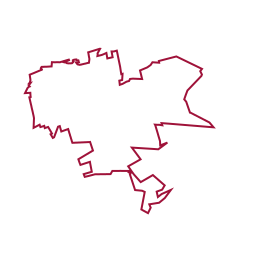 the district of San Pedro, Coahuila, Mexico, rotated 71°
{"feature_id": "50627088B25714720769629", "entity_name": "San Pedro", "entity_type": "district", "adm_level": 2, "iso_a3": "MEX", "parent_name": "Mexico", "parent_adm1": "Coahuila", "projection": "equal_earth", "projection_center": [-102.858, 26.125], "detail": "fine", "context": "isolated", "style": "outline", "palette": "rose", "viewbox_px": 256, "rotation_deg": 71, "n_neighbors": 0, "source": "geoboundaries", "source_scale": "gbopen_adm2", "svg_char_len": 4424}
<svg xmlns="http://www.w3.org/2000/svg" viewBox="0 0 256 256"><g transform="rotate(71 128 128)"><path d="M85.5,213.3L88.1,213.7L97.1,217.2L96.1,210.5L98.6,210.5L98.7,208.6L98.7,206.5L101.0,206.7L101.0,203.2L104.3,202.5L108.5,201.7L108.7,203.2L109.6,203.0L112.9,202.3L112.7,200.9L104.0,193.7L104.0,191.9L109.6,192.2L109.5,184.9L109.8,184.9L110.0,184.9L110.1,185.0L110.3,185.0L110.6,185.0L110.9,185.0L111.0,185.0L111.4,185.0L111.5,185.0L111.8,185.0L112.0,185.0L112.3,185.0L112.6,185.0L112.8,185.0L113.1,185.1L113.4,185.1L113.5,185.1L113.9,185.1L114.0,185.1L114.3,185.1L114.5,185.1L114.8,185.1L115.1,185.1L115.4,185.1L115.5,185.1L115.9,185.2L116.0,185.2L116.3,185.2L116.5,185.2L116.8,185.2L117.1,185.2L117.4,185.2L117.5,185.2L117.9,185.2L118.0,185.2L118.3,185.2L118.5,185.2L118.8,185.3L119.1,185.3L119.3,185.3L119.6,185.3L119.9,185.3L120.0,185.3L120.3,185.3L120.5,185.3L120.8,185.3L121.0,185.3L121.3,185.3L121.6,185.4L121.9,185.4L122.0,185.4L122.3,185.4L122.5,185.4L122.8,185.4L123.0,185.4L123.3,185.4L123.6,185.4L123.9,185.4L127.4,173.6L128.9,168.5L128.9,168.4L137.9,168.5L141.4,185.1L145.0,185.1L147.4,185.0L147.6,175.0L149.3,175.3L157.6,176.5L157.4,180.6L157.4,180.9L157.2,184.9L160.1,184.8L160.5,181.1L161.0,174.4L161.4,173.0L162.2,170.8L162.9,168.5L163.6,166.5L164.2,164.7L164.7,163.2L165.3,161.4L165.9,159.5L163.5,156.8L166.1,149.1L169.3,140.0L169.6,140.0L170.0,139.9L169.9,140.6L170.3,141.6L170.6,141.3L170.9,140.9L171.0,140.5L171.3,140.2L171.5,140.4L171.9,140.4L172.1,140.7L172.5,141.3L189.0,141.5L191.9,135.1L193.9,133.0L209.4,141.9L215.0,136.8L210.7,132.5L207.1,132.7L208.8,122.9L206.2,116.0L200.5,107.6L201.4,117.7L203.0,122.2L197.5,121.6L197.4,115.8L194.2,112.0L180.6,119.8L181.1,122.3L183.3,133.6L173.7,137.6L169.7,138.8L164.3,140.3L161.7,126.3L161.0,126.5L159.4,127.0L147.8,130.7L156.5,109.8L158.0,106.3L154.6,95.5L154.9,102.1L154.9,102.4L154.9,103.2L150.8,102.0L148.3,101.9L145.8,101.8L142.1,101.6L134.2,101.3L133.6,101.4L134.4,99.5L135.1,97.5L136.6,94.7L134.3,94.7L137.8,86.6L155.2,46.9L152.4,48.0L149.3,49.2L133.8,64.0L133.6,64.4L132.1,64.4L122.1,64.4L119.2,65.5L115.4,62.5L111.9,59.6L108.3,52.6L102.7,41.7L101.5,40.7L97.8,41.2L96.2,38.8L76.1,59.0L74.7,77.0L76.4,77.3L73.8,83.5L75.8,86.1L76.9,89.8L77.0,90.4L77.5,97.9L86.3,98.7L82.9,107.4L82.3,110.1L83.9,111.7L83.7,114.3L84.5,118.7L84.5,121.7L80.4,120.8L80.7,117.9L75.0,115.5L74.9,116.8L71.8,116.3L68.6,115.7L67.5,115.5L56.6,114.1L55.3,113.9L51.2,113.4L51.0,116.5L50.3,118.6L56.1,119.5L55.5,124.9L50.0,124.0L50.3,126.9L50.4,129.1L50.0,133.5L48.3,132.6L47.5,132.5L44.0,128.6L43.9,128.8L43.7,135.3L43.5,141.0L45.0,141.2L48.5,141.8L48.8,141.8L49.6,141.9L50.6,142.2L53.6,143.7L53.5,144.3L53.4,144.9L53.2,147.5L53.1,148.1L53.0,149.1L53.0,149.3L52.8,151.1L52.8,151.6L52.7,151.8L52.6,153.0L51.6,154.7L51.5,154.9L51.4,155.0L51.2,155.1L49.4,155.7L49.8,155.0L49.9,154.9L49.8,154.2L49.7,153.8L49.8,153.0L49.6,153.0L48.8,153.0L48.3,152.9L47.9,152.9L47.4,154.6L46.4,154.5L46.0,155.9L46.0,156.4L46.0,156.7L46.0,157.0L45.9,157.3L45.9,157.7L46.0,158.1L46.8,158.4L47.0,158.3L46.9,158.2L47.0,158.2L47.3,158.1L48.0,158.6L48.0,159.0L48.5,159.7L48.5,159.9L48.5,160.1L47.8,162.3L47.5,163.3L47.4,163.5L47.0,164.2L46.9,164.5L46.7,164.8L46.2,165.0L45.9,165.3L45.7,165.7L45.7,165.9L45.6,166.1L45.4,166.3L45.3,166.5L45.2,166.7L45.2,166.8L45.0,167.1L44.9,166.0L44.9,164.7L44.8,164.3L44.8,163.9L44.8,163.6L44.8,163.4L44.8,163.0L44.8,162.8L44.7,162.4L44.7,162.2L44.7,161.7L44.1,161.7L44.1,161.8L44.0,163.1L44.0,163.4L43.9,165.5L43.9,166.0L43.8,167.0L43.8,167.8L43.8,168.1L43.8,168.4L43.7,170.0L43.7,170.9L43.7,171.0L43.1,172.5L42.7,173.6L42.5,174.3L41.9,176.1L41.8,176.4L41.0,178.5L44.9,180.2L44.6,181.2L43.8,184.2L43.4,185.5L43.3,185.9L43.2,186.1L43.1,186.4L42.9,187.1L42.8,187.3L42.8,187.5L42.7,187.7L42.7,187.9L42.6,188.1L42.5,188.5L42.4,188.8L42.3,189.0L42.1,189.7L42.4,190.3L42.5,190.4L42.6,190.5L42.8,190.7L43.0,190.9L43.2,191.0L43.3,191.1L43.6,191.1L44.3,190.4L44.5,190.3L44.8,190.4L44.9,190.7L44.9,192.1L45.2,196.4L45.2,196.7L45.3,197.9L45.4,199.4L45.6,203.6L48.8,204.2L49.9,204.4L51.1,204.7L51.6,205.0L52.0,205.4L52.7,205.5L53.4,206.6L53.6,205.3L55.5,208.0L56.7,207.5L56.7,208.3L57.5,210.0L58.2,210.7L59.8,212.3L61.5,214.0L62.9,208.9L65.8,209.7L66.5,209.8L67.1,210.0L67.1,210.3L66.9,211.3L73.3,212.0L75.5,212.2L76.2,212.3L77.0,212.4L77.8,212.5L78.8,212.6L79.8,212.7L80.0,212.7L81.9,212.9L83.6,213.1L85.4,213.3L85.5,213.3Z" fill="none" stroke="#9f1239" stroke-width="2"/></g></svg>